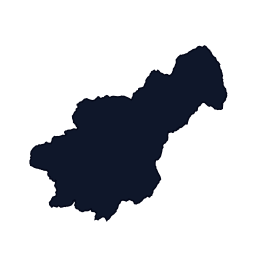 the district of La Union, Arequipa, Peru, rotated 192°
{"feature_id": "86281439B24532133151812", "entity_name": "La Union", "entity_type": "district", "adm_level": 2, "iso_a3": "PER", "parent_name": "Peru", "parent_adm1": "Arequipa", "projection": "robinson", "projection_center": [-72.836, -15.108], "detail": "fine", "context": "isolated", "style": "filled", "palette": "ink", "viewbox_px": 256, "rotation_deg": 192, "n_neighbors": 0, "source": "geoboundaries", "source_scale": "gbopen_adm2", "svg_char_len": 5755}
<svg xmlns="http://www.w3.org/2000/svg" viewBox="0 0 256 256"><g transform="rotate(192 128 128)"><path d="M120.0,55.4L118.1,56.6L117.4,56.5L117.0,56.7L114.5,56.3L113.9,57.1L113.2,57.2L112.7,58.3L112.2,58.5L110.7,58.4L109.1,58.0L107.9,58.0L106.3,56.4L106.2,55.9L105.8,55.5L104.1,55.6L103.2,56.5L101.5,57.3L100.5,58.8L99.6,59.6L98.1,62.8L97.0,63.2L95.9,64.4L95.2,65.5L94.7,65.6L92.8,65.0L92.3,65.5L92.1,66.5L90.9,67.3L91.0,68.6L90.5,69.9L90.7,72.4L88.9,75.6L88.3,77.3L88.0,79.0L87.3,80.0L86.6,81.5L86.8,82.7L85.6,84.4L85.9,85.4L86.9,87.2L89.9,90.7L91.4,93.0L92.3,93.8L93.0,96.0L93.8,96.6L94.5,99.9L94.5,102.0L94.1,102.7L92.7,103.1L91.8,104.0L91.3,105.5L90.9,106.0L90.5,107.3L90.3,112.1L90.5,114.7L89.9,116.4L90.6,117.6L90.6,118.9L89.9,120.3L88.5,121.4L88.0,123.0L87.3,124.0L87.0,124.6L87.3,127.3L87.8,128.6L87.9,130.5L87.9,131.3L87.4,132.4L87.5,132.9L86.6,132.5L85.3,133.2L84.1,133.4L83.5,133.1L82.8,133.5L82.7,133.8L83.0,134.8L80.8,135.4L80.2,135.8L79.5,136.8L79.5,137.6L78.7,137.4L78.3,137.8L77.9,139.5L77.2,139.4L76.4,139.6L75.2,140.8L74.2,142.5L73.4,143.1L73.2,144.5L72.2,144.2L71.2,144.3L71.1,145.1L71.3,146.5L71.0,147.5L71.1,148.4L70.3,151.8L69.8,152.2L69.6,153.4L68.4,155.1L67.3,155.6L66.8,156.1L66.2,158.6L64.8,159.0L64.3,159.5L64.2,159.8L64.4,162.3L63.7,164.3L62.5,164.9L62.0,165.9L61.8,166.9L60.3,169.0L57.7,168.9L56.9,168.2L54.0,166.5L52.9,166.4L52.5,166.9L51.3,167.3L50.6,166.9L49.4,166.6L48.7,166.0L47.6,165.6L47.3,165.0L46.9,164.9L45.3,165.1L44.0,164.9L43.0,165.5L41.6,165.5L40.8,165.8L39.9,166.7L40.4,169.8L40.3,170.3L40.9,170.7L41.2,171.5L40.7,171.8L39.6,174.3L38.9,175.1L38.9,176.1L38.7,176.5L39.1,177.1L38.8,177.5L38.8,178.1L38.5,178.3L38.3,180.1L38.7,180.8L38.8,182.5L40.0,183.8L40.1,184.7L40.5,185.2L40.6,186.0L40.9,186.6L41.8,187.1L43.0,188.2L43.2,188.7L44.0,189.2L44.6,192.1L45.8,193.8L45.5,194.9L46.1,195.4L46.7,196.7L46.6,198.9L47.5,200.2L47.6,201.0L48.6,202.4L48.9,203.6L50.9,205.6L50.9,206.3L51.9,208.0L51.9,208.7L51.6,209.2L53.8,211.2L55.0,211.5L56.1,212.9L57.1,214.7L58.7,215.2L59.6,215.7L61.4,217.2L62.8,219.3L63.8,219.7L64.4,220.9L65.3,221.0L65.9,221.6L66.8,222.0L68.7,223.7L70.3,224.1L71.2,223.1L71.4,222.6L71.9,222.2L74.9,222.6L76.3,222.0L78.0,219.3L80.6,218.1L81.7,216.8L84.1,214.8L85.1,213.1L87.1,212.1L88.1,211.2L89.8,210.6L90.5,210.0L91.9,209.9L92.5,208.8L93.3,208.0L94.9,204.7L94.2,202.6L94.1,200.9L94.4,200.2L94.7,197.5L95.7,195.2L95.4,193.5L95.7,192.8L95.5,192.4L95.8,192.0L95.8,191.3L96.5,189.7L97.7,188.0L98.2,188.0L98.5,187.6L99.6,187.8L100.3,188.3L101.3,188.3L102.5,187.8L102.7,187.4L103.4,187.3L106.0,188.3L106.9,188.3L108.4,188.7L109.4,189.8L110.8,190.5L111.3,189.2L113.4,189.0L114.3,189.8L115.7,188.3L116.3,188.1L116.6,187.6L116.6,186.4L117.3,185.6L117.4,183.5L119.0,181.6L120.0,179.1L120.2,178.0L119.8,176.9L119.8,175.9L120.3,175.2L120.9,171.5L122.2,170.3L125.2,169.0L125.6,168.5L125.4,167.3L125.6,166.8L127.0,165.9L127.8,164.0L129.5,163.1L129.7,162.4L129.4,160.1L130.0,158.5L129.9,157.5L130.7,156.2L131.2,156.5L132.0,156.4L133.1,157.0L138.6,158.1L138.8,157.8L141.0,157.7L141.8,157.1L144.5,156.2L149.0,155.8L150.5,155.2L151.5,154.3L152.2,154.0L153.0,154.1L154.6,155.1L155.5,155.2L157.1,153.9L157.3,153.2L158.0,152.3L159.0,152.3L160.2,151.3L161.8,151.1L163.1,152.3L163.7,152.2L164.1,151.7L164.5,150.7L165.3,149.9L165.8,148.8L166.9,147.9L168.6,147.2L171.0,147.3L174.0,147.7L174.3,148.0L176.6,146.9L177.7,145.0L178.3,144.5L178.4,143.7L179.3,143.6L180.3,143.1L180.8,142.5L181.1,141.5L182.5,140.6L182.5,140.0L181.6,139.9L181.3,138.5L180.8,137.8L180.8,137.5L182.4,135.8L182.3,134.7L182.0,133.7L183.3,132.4L184.1,129.0L184.7,128.2L184.0,126.0L182.7,123.9L182.3,122.2L181.1,121.7L180.5,121.0L179.2,120.7L179.3,119.8L179.0,119.4L178.2,118.7L177.4,118.5L177.2,118.1L177.1,117.8L177.5,116.2L178.3,115.7L180.7,115.8L183.5,113.9L186.2,113.2L187.2,112.3L188.4,111.9L189.0,111.0L188.9,110.4L187.9,109.4L187.0,109.2L188.0,107.6L189.4,107.2L190.3,107.2L191.3,106.4L193.8,105.0L194.9,104.9L197.3,104.2L198.2,104.3L199.6,102.0L199.5,99.1L200.3,96.7L203.5,96.4L204.1,96.6L204.5,97.0L204.9,97.0L205.5,96.5L206.1,94.8L208.9,93.6L210.0,92.9L211.4,92.9L211.9,92.5L212.5,91.4L214.0,91.3L216.3,88.3L217.7,84.9L217.6,82.2L216.6,80.8L217.0,78.8L216.3,77.9L216.3,77.5L216.9,75.7L216.3,73.0L215.7,72.3L215.4,71.3L213.6,71.1L211.6,70.3L209.1,70.0L206.9,70.2L206.1,69.9L204.5,70.0L203.9,69.7L202.7,69.8L201.3,69.4L198.9,69.9L196.9,68.8L196.6,68.0L196.8,66.5L196.5,65.6L195.9,64.8L194.2,64.0L193.8,62.2L192.0,62.3L191.3,61.8L190.9,61.0L189.3,60.6L188.4,60.9L188.1,61.6L187.5,61.5L187.6,60.3L187.2,58.8L187.6,56.5L186.9,55.4L185.7,54.9L185.7,54.4L185.4,53.7L184.7,53.0L184.4,52.3L184.3,52.0L184.7,51.5L185.1,49.8L184.6,49.4L184.4,48.8L184.1,48.4L184.3,46.3L187.1,44.6L187.2,43.8L187.6,43.2L187.6,42.3L188.1,40.9L188.4,40.1L188.9,39.5L189.2,38.5L188.8,37.9L188.6,36.9L188.1,36.3L187.3,36.0L186.8,35.3L186.1,34.9L185.3,36.0L184.9,36.4L181.2,36.1L180.8,36.4L180.5,37.2L179.9,37.6L178.5,37.3L177.4,36.7L176.0,37.2L174.1,38.3L172.7,38.4L172.1,39.1L171.0,39.1L169.2,40.0L167.7,41.0L166.7,42.8L166.2,44.2L166.6,45.2L165.3,46.4L164.9,46.4L164.7,46.2L164.9,45.4L163.5,44.1L164.0,41.5L163.5,41.0L162.9,40.9L162.9,39.7L162.2,39.2L161.9,38.6L159.5,38.5L158.4,37.8L158.3,37.4L157.6,37.1L156.6,37.2L155.7,36.8L154.7,37.0L153.5,38.2L152.9,38.1L152.3,38.7L151.1,38.6L149.7,39.1L147.4,41.2L146.5,40.3L146.5,39.6L146.2,39.2L145.4,39.1L143.2,39.5L142.2,38.8L141.3,38.7L141.0,36.2L141.6,34.7L141.1,33.5L141.1,31.9L140.2,32.5L138.3,32.1L137.8,33.1L136.8,33.8L135.2,35.5L134.6,35.9L133.0,36.2L132.3,36.1L131.3,35.4L129.5,33.2L129.1,34.2L128.0,35.0L127.7,35.6L127.1,36.7L126.6,38.5L124.9,40.6L124.4,40.9L122.9,43.5L122.5,43.9L122.8,45.8L122.0,46.7L121.7,47.7L121.6,51.2L120.8,52.6L120.4,52.9L120.0,55.4Z" fill="#0f172a" stroke="#020617" stroke-width="1.5"/></g></svg>